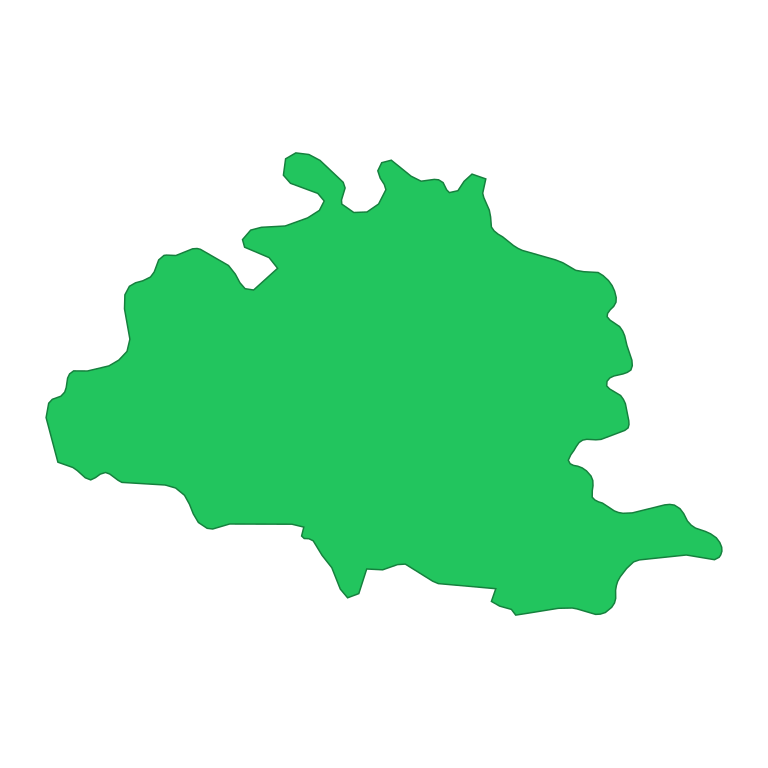 an SVG outline of Ariège
{"feature_id": "FRA-5269", "entity_name": "Ariège", "entity_type": "Metropolitan department", "adm_level": 1, "iso_a3": "FRA", "parent_name": "France", "parent_adm1": "", "projection": "robinson", "projection_center": [1.591, 42.938], "detail": "fine", "context": "isolated", "style": "filled", "palette": "green", "viewbox_px": 768, "rotation_deg": 0, "n_neighbors": 0, "source": "natural_earth", "source_scale": "10m", "svg_char_len": 2839}
<svg xmlns="http://www.w3.org/2000/svg" viewBox="0 0 768 768"><path d="M90.7,479.9L85.3,477.8L77.2,470.5L72.9,467.5L57.9,462.2L46.1,417.6L48.7,403.2L52.3,399.3L60.9,396.2L64.7,392.1L66.2,387.6L67.6,378.1L69.6,373.9L73.6,370.9L87.4,371.0L108.9,365.9L118.8,360.1L127.0,351.4L129.9,339.2L124.5,308.9L124.9,294.8L129.4,286.3L135.5,282.8L142.8,280.8L150.5,277.0L154.2,272.0L158.7,259.9L164.0,255.4L166.6,255.1L175.9,255.5L192.6,248.8L197.1,248.5L200.4,249.3L228.5,265.5L235.3,274.1L239.9,282.7L245.1,288.7L253.6,290.0L277.6,268.3L269.1,257.6L244.6,247.2L242.5,239.6L250.7,230.1L261.4,227.3L285.1,226.0L307.6,217.9L319.4,210.4L324.2,201.0L317.8,193.4L290.5,183.3L283.4,175.2L285.6,158.8L295.8,152.9L308.9,154.5L320.0,160.4L343.2,182.3L345.1,188.0L341.5,200.0L341.8,204.1L353.8,212.5L367.0,212.0L378.6,204.0L385.9,189.7L384.3,184.5L380.2,178.1L377.8,170.8L381.7,162.7L391.3,160.2L411.1,176.2L421.1,181.2L434.3,179.4L438.6,179.8L443.1,182.6L446.7,189.9L449.4,192.6L457.9,190.7L464.1,181.3L472.0,174.1L485.8,178.9L482.7,193.2L483.8,197.6L489.3,210.1L490.6,216.9L491.4,227.0L494.1,230.9L498.0,234.1L502.7,236.9L513.4,245.5L518.0,248.4L522.3,250.4L555.6,259.9L563.1,262.9L575.7,270.3L583.7,271.7L598.1,272.5L603.1,275.6L608.5,280.6L612.1,285.6L614.6,291.1L616.2,297.5L616.0,302.2L613.7,306.4L610.2,309.8L607.6,313.4L607.1,316.7L610.0,320.1L619.7,326.7L622.7,331.1L624.7,335.9L626.9,345.3L631.9,360.2L632.3,365.7L630.9,370.0L627.3,372.4L623.1,373.9L613.9,376.0L609.9,377.9L607.0,381.3L606.7,385.9L609.7,389.0L620.6,395.5L623.4,399.4L625.4,403.7L628.8,420.8L629.0,424.5L628.1,427.9L624.8,430.4L601.0,439.4L595.9,439.8L586.8,439.3L582.7,440.1L579.1,442.5L576.4,446.3L573.9,450.5L570.8,454.8L568.3,460.2L570.1,463.7L573.5,465.4L577.8,466.2L582.2,467.9L586.5,470.9L591.0,476.0L592.8,480.5L593.0,485.7L592.3,490.6L592.2,497.2L594.9,500.0L598.4,501.8L602.5,503.1L614.3,510.9L618.5,512.5L623.0,513.3L632.3,512.9L664.6,504.9L669.7,504.4L674.4,505.1L680.0,508.7L683.7,513.6L687.4,521.0L691.2,525.2L695.5,528.1L705.3,531.4L710.6,533.8L716.3,537.8L719.8,542.5L721.7,547.2L721.9,551.2L720.8,554.7L720.6,555.1L719.1,557.3L714.5,559.7L686.3,555.0L639.4,559.9L633.6,561.9L626.6,568.5L620.2,576.8L617.7,581.3L616.4,585.5L615.6,590.1L615.7,598.4L614.5,603.0L611.7,607.3L605.4,612.5L600.4,614.1L595.6,614.4L577.0,608.9L572.2,608.0L558.3,608.3L526.1,613.5L515.7,615.1L511.4,609.4L499.6,606.1L491.4,601.4L495.8,588.7L438.3,583.6L432.7,581.2L405.3,564.1L397.5,564.6L382.7,569.8L366.7,569.0L358.8,593.6L347.6,597.8L340.3,589.1L331.8,567.7L322.1,555.4L313.2,540.8L308.9,538.7L304.2,538.5L301.6,536.0L303.8,527.1L291.9,524.2L229.6,524.0L212.7,529.0L207.1,528.3L198.4,522.5L193.3,513.9L189.5,504.3L184.5,495.3L175.6,488.0L165.1,485.0L121.9,482.4L118.1,480.3L109.7,474.0L105.5,472.5L100.3,474.1L95.5,477.6L90.7,479.9Z" fill="#22c55e" stroke="#15803d" stroke-width="1.5"/></svg>